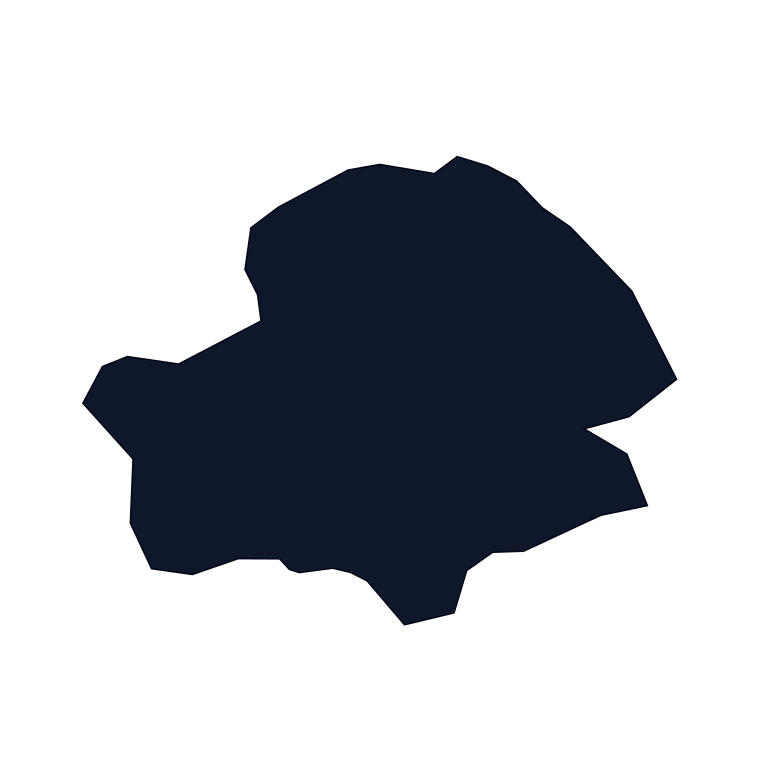 the District of Călărași, rotated 195°
{"feature_id": "MDA-1632", "entity_name": "Călărași", "entity_type": "District", "adm_level": 1, "iso_a3": "MDA", "parent_name": "Moldova", "parent_adm1": "", "projection": "orthographic", "projection_center": [28.345, 47.299], "detail": "fine", "context": "isolated", "style": "filled", "palette": "ink", "viewbox_px": 768, "rotation_deg": 195, "n_neighbors": 0, "source": "natural_earth", "source_scale": "10m", "svg_char_len": 662}
<svg xmlns="http://www.w3.org/2000/svg" viewBox="0 0 768 768"><g transform="rotate(195 384 384)"><path d="M660.5,328.0L639.0,344.1L587.6,350.1L519.1,413.1L529.3,437.6L547.9,458.6L553.0,500.4L531.7,527.6L474.1,581.4L445.0,595.0L389.8,600.3L372.2,622.6L340.1,621.4L308.4,614.4L277.0,595.3L244.8,583.9L168.7,537.9L102.6,464.3L138.8,415.9L179.0,392.5L131.3,379.2L98.1,334.7L140.6,313.3L205.9,258.6L235.5,249.6L255.8,225.2L257.1,181.1L301.9,156.7L349.3,189.4L367.4,193.3L385.9,192.8L416.9,179.9L427.4,180.4L439.7,188.1L479.6,177.6L519.7,150.4L560.7,145.4L593.0,183.9L607.0,246.6L669.9,287.5L660.5,328.0Z" fill="#0f172a" stroke="#020617" stroke-width="1.5"/></g></svg>